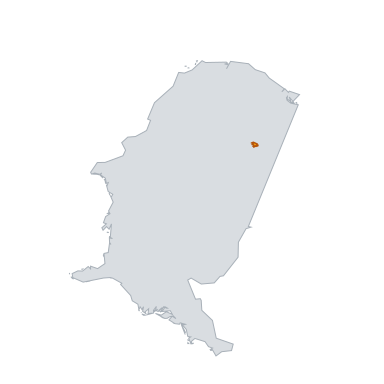 location of Broadwater, Montana, United States of America, rotated 114°
{"feature_id": "52423323B25575586370541", "entity_name": "Broadwater", "entity_type": "district", "adm_level": 2, "iso_a3": "USA", "parent_name": "United States of America", "parent_adm1": "Montana", "projection": "orthographic", "projection_center": [-111.372, 46.308], "detail": "fine", "context": "in_parent", "style": "filled", "palette": "amber", "viewbox_px": 384, "rotation_deg": 114, "n_neighbors": 0, "source": "geoboundaries", "source_scale": "gbopen_adm2", "svg_char_len": 4596}
<svg xmlns="http://www.w3.org/2000/svg" viewBox="0 0 384 384"><g transform="rotate(114 192 192)"><path d="M301.0,121.1L315.7,110.4L314.2,92.5L320.8,91.4L325.8,99.9L332.0,103.4L327.7,109.3L328.2,111.1L326.2,109.7L326.6,114.0L323.4,119.2L324.6,129.8L329.0,131.9L330.5,130.4L329.3,129.1L330.2,129.5L331.2,131.2L326.8,135.6L324.9,134.2L325.6,137.2L319.9,141.3L316.9,147.5L316.5,145.2L315.5,144.1L316.3,149.6L317.9,149.7L319.2,154.0L318.2,161.0L313.5,159.5L314.2,155.2L312.8,158.7L315.2,161.8L317.4,163.2L318.6,165.4L317.8,176.0L317.0,170.0L311.8,166.7L311.8,160.2L309.3,163.5L313.4,170.8L309.4,170.0L308.4,170.8L308.5,167.8L308.1,167.1L307.8,169.6L308.3,171.2L314.3,171.9L313.8,173.9L310.6,172.2L309.6,172.1L313.5,174.1L314.9,174.2L315.0,176.5L313.0,175.7L316.4,177.6L316.0,178.3L314.3,177.3L311.0,178.0L315.8,179.1L318.1,177.8L323.1,183.9L319.0,179.3L321.0,182.7L316.3,184.1L320.7,186.1L321.9,184.3L321.1,188.6L316.5,189.6L319.7,190.0L318.0,192.7L321.1,192.6L316.5,195.8L315.7,202.3L311.5,205.9L305.5,219.6L303.9,219.0L303.0,229.4L303.3,231.7L306.6,237.9L318.6,254.8L318.7,266.1L315.3,268.3L310.5,264.2L308.7,259.8L302.3,256.5L303.5,253.4L301.0,254.5L300.4,247.1L292.8,242.4L283.9,247.4L281.4,243.9L272.1,246.6L272.9,244.7L271.6,246.8L267.6,248.8L266.9,245.7L266.7,248.2L253.9,252.6L259.7,252.6L258.4,256.0L263.1,257.7L261.3,259.8L255.9,257.3L256.1,260.4L249.5,260.9L245.2,258.1L243.3,260.5L233.3,259.9L228.3,265.3L229.6,263.8L226.4,263.4L225.6,268.8L220.1,273.3L221.3,272.1L217.4,272.3L218.9,273.8L214.6,276.8L213.5,282.7L211.3,282.2L213.3,283.4L214.2,288.5L216.5,291.2L215.2,292.6L203.6,290.5L200.3,283.4L187.0,269.8L180.8,269.7L175.5,276.3L168.0,273.0L164.3,266.2L154.3,258.5L143.4,259.0L143.4,262.2L125.7,262.6L103.0,252.3L88.2,252.8L86.4,247.2L80.4,241.5L68.0,236.2L68.2,232.3L59.4,213.5L59.9,211.7L61.8,214.3L60.9,210.3L65.4,210.6L57.0,209.9L51.8,192.5L54.5,184.0L53.5,173.8L56.5,167.8L60.2,149.6L63.9,150.7L59.9,149.1L61.8,144.4L60.3,144.2L59.3,133.4L68.2,136.6L65.7,141.8L69.2,138.4L68.3,142.9L66.0,143.7L67.5,144.1L69.5,142.5L70.7,137.9L69.1,130.4L200.6,126.5L200.1,123.8L203.5,127.7L219.0,129.2L232.8,123.4L255.8,129.2L257.7,132.1L266.0,134.7L272.3,146.1L271.0,157.8L274.2,160.1L288.5,145.2L286.1,141.0L287.3,139.5L296.1,134.9L301.0,121.1ZM322.6,142.3L325.0,140.2L317.0,148.3L323.1,140.6L322.6,142.3ZM69.2,135.0L70.1,138.0L69.9,138.5L68.5,136.0L69.2,135.0ZM216.2,290.4L214.2,286.2L214.0,283.6L214.5,286.2L216.2,290.4ZM328.4,109.2L329.1,110.5L328.6,110.5L328.4,109.2ZM245.5,259.4L246.0,260.4L244.8,259.8L245.5,259.4ZM72.6,241.1L74.1,240.6L74.2,240.8L72.6,241.1ZM71.0,240.5L70.4,241.2L69.9,240.5L71.0,240.5ZM329.2,134.4L328.9,135.7L328.6,135.6L329.2,134.4ZM214.5,281.0L213.9,283.2L215.5,278.9L214.5,281.0ZM314.9,249.1L317.2,252.4L314.6,248.8L314.9,249.1ZM79.9,245.3L80.5,246.5L79.8,245.4L79.9,245.3ZM319.5,266.5L318.6,268.2L319.8,264.8L319.5,266.5ZM324.3,186.2L323.8,188.2L323.4,184.1L324.3,186.2ZM68.3,132.4L68.2,133.2L67.7,132.8L68.3,132.4ZM219.1,274.6L217.1,275.9L219.1,274.3L219.1,274.6ZM331.8,133.3L332.2,134.2L331.3,134.5L331.8,133.3ZM79.6,248.5L80.1,249.9L79.4,248.6L79.6,248.5ZM216.7,276.8L215.9,277.5L216.5,276.5L216.7,276.8ZM318.8,167.3L318.5,169.9L318.7,166.4L318.8,167.3ZM227.8,266.3L226.5,267.4L228.3,265.6L227.8,266.3ZM303.5,230.4L303.7,232.1L303.3,231.0L303.5,230.4ZM321.6,192.7L321.3,193.2L322.0,191.4L321.6,192.7ZM287.2,245.9L285.8,247.3L285.2,247.3L287.2,245.9ZM266.9,248.7L266.7,249.1L265.8,249.3L266.9,248.7ZM307.1,260.6L307.6,261.7L306.8,260.5L307.1,260.6ZM263.3,252.3L263.3,253.5L262.8,251.6L263.3,252.3ZM316.6,270.6L315.8,271.1L316.9,270.3L316.6,270.6ZM319.3,154.9L319.2,156.2L319.2,154.4L319.3,154.9ZM323.1,189.0L322.7,189.6L323.1,189.0Z" fill="#d9dde1" stroke="#a8b0b8" stroke-width="1"/><path d="M121.6,152.1L121.6,155.3L121.6,155.9L122.2,155.9L122.2,156.9L122.2,157.5L122.2,157.4L122.3,157.4L122.4,157.2L122.5,157.2L122.7,156.9L122.8,157.0L122.8,156.9L123.0,156.8L123.1,156.7L123.2,156.4L123.3,156.3L123.5,156.3L123.4,156.2L123.4,155.9L123.5,155.8L123.5,155.7L123.7,155.4L123.8,155.4L123.8,155.2L124.0,154.9L124.6,154.9L124.8,154.9L125.3,154.9L125.3,154.7L125.2,154.7L125.1,154.4L124.9,154.3L125.0,154.2L125.0,153.9L125.2,153.7L125.2,153.4L125.3,153.4L125.2,153.3L125.1,153.2L124.9,153.1L124.7,153.0L124.4,153.2L124.3,152.9L124.3,152.7L124.2,152.7L124.1,152.4L123.9,152.4L123.9,152.2L123.9,151.9L123.9,151.7L123.7,151.7L123.5,151.4L123.4,151.3L123.3,151.2L123.2,151.2L123.3,151.1L123.2,151.0L123.3,151.0L123.3,150.9L123.2,150.8L123.1,150.7L122.8,150.7L122.7,150.7L122.4,150.8L122.3,152.0L121.6,152.1Z" fill="#f59e0b" stroke="#b45309" stroke-width="1.5"/></g></svg>